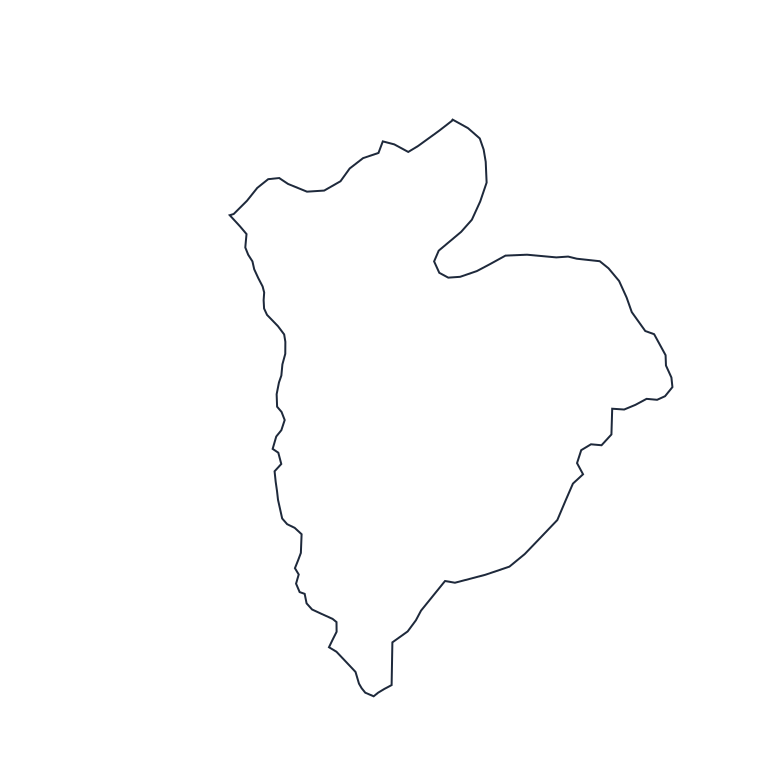 Pasir Mas, Kelantan, Malaysia (orthographic projection), rotated 309°
{"feature_id": "92858781B75737561234517", "entity_name": "Pasir Mas", "entity_type": "district", "adm_level": 2, "iso_a3": "MYS", "parent_name": "Malaysia", "parent_adm1": "Kelantan", "projection": "orthographic", "projection_center": [102.076, 6.021], "detail": "fine", "context": "isolated", "style": "outline", "palette": "slate", "viewbox_px": 768, "rotation_deg": 309, "n_neighbors": 0, "source": "geoboundaries", "source_scale": "gbopen_adm2", "svg_char_len": 1870}
<svg xmlns="http://www.w3.org/2000/svg" viewBox="0 0 768 768"><g transform="rotate(309 384 384)"><path d="M418.1,157.9L415.9,172.8L414.0,182.8L406.5,187.8L402.8,190.3L399.0,197.1L396.5,204.6L391.5,210.9L387.2,219.6L383.4,228.3L379.7,233.3L373.4,237.7L367.2,243.3L364.1,249.6L362.2,265.2L359.7,275.2L354.7,280.8L345.3,288.3L335.3,292.7L326.0,298.9L319.1,301.4L308.5,307.0L299.1,315.2L297.8,322.0L293.5,329.5L283.5,333.3L275.4,333.3L263.5,338.3L264.1,345.1L257.2,354.5L247.3,353.9L239.8,361.4L233.5,368.2L227.3,374.5L215.4,389.5L214.1,397.0L216.0,405.1L215.4,414.5L207.9,420.1L200.4,425.7L192.9,428.2L184.8,430.7L182.3,437.6L173.5,441.3L169.2,449.4L171.0,454.4L164.8,461.9L163.5,470.0L166.0,480.0L169.1,491.9L169.1,496.9L161.6,503.1L152.9,505.0L144.8,506.9L146.0,515.6L143.5,534.4L142.3,543.1L135.4,553.1L133.5,558.1L132.3,563.7L134.8,572.5L140.4,573.7L147.3,576.2L150.3,577.5L154.8,579.4L188.5,553.1L206.6,558.1L220.4,557.5L231.2,555.4L269.3,555.4L274.2,564.2L299.5,582.8L321.0,596.4L340.5,600.4L363.0,602.3L387.4,604.3L407.9,598.4L425.5,593.5L439.1,595.5L444.0,583.8L456.7,578.9L467.4,582.8L473.3,591.6L487.9,592.5L508.4,576.9L515.3,586.7L526.0,592.5L537.7,597.4L543.6,606.2L551.4,610.1L563.1,610.1L568.5,604.7L569.9,603.3L575.8,591.5L583.6,584.7L592.7,562.6L589.6,553.7L595.8,531.3L603.9,518.1L612.0,501.9L615.2,485.7L615.2,474.4L602.7,455.0L598.9,446.9L590.8,438.2L574.5,413.8L560.2,397.6L543.3,390.7L530.2,385.1L515.2,375.7L507.1,367.0L505.2,357.0L510.8,345.8L522.1,342.6L550.8,348.2L567.0,348.9L586.4,343.9L605.1,337.0L620.7,323.2L628.9,313.9L635.1,303.9L635.7,288.3L632.5,270.1L632.3,271.4L615.7,267.5L590.4,260.7L579.6,256.8L576.7,241.2L571.8,230.4L560.1,234.3L546.4,225.6L529.9,221.7L514.2,222.6L496.7,215.8L485.0,203.1L479.1,183.6L478.1,172.9L470.3,165.1L456.7,162.1L440.1,162.2L421.5,160.2L418.1,157.9Z" fill="none" stroke="#1e293b" stroke-width="2"/></g></svg>